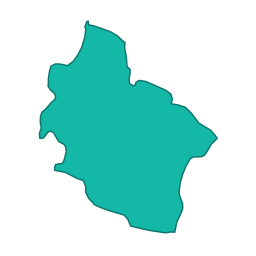 an SVG outline of Berovo, rotated 13°
{"feature_id": "MKD-3004", "entity_name": "Berovo", "entity_type": "Statistical Region", "adm_level": 1, "iso_a3": "MKD", "parent_name": "North Macedonia", "parent_adm1": "", "projection": "albers", "projection_center": [22.775, 41.662], "detail": "fine", "context": "isolated", "style": "filled", "palette": "teal", "viewbox_px": 256, "rotation_deg": 13, "n_neighbors": 0, "source": "natural_earth", "source_scale": "10m", "svg_char_len": 1464}
<svg xmlns="http://www.w3.org/2000/svg" viewBox="0 0 256 256"><g transform="rotate(13 128 128)"><path d="M217.2,118.0L212.9,125.0L209.8,134.5L208.3,137.8L205.6,139.5L197.9,141.7L195.5,144.0L193.2,151.5L191.7,160.5L191.2,170.0L192.1,178.7L193.6,182.4L198.3,189.7L199.4,194.2L199.0,198.0L196.7,208.9L197.0,218.9L196.7,219.0L192.3,219.9L188.1,221.7L170.9,223.0L158.3,223.0L155.0,223.0L152.7,223.0L148.2,216.8L143.8,213.7L134.4,213.1L127.2,212.7L118.5,211.5L112.7,210.3L105.5,205.3L101.3,200.3L99.9,194.4L96.4,189.4L91.3,188.7L89.4,188.5L76.6,185.3L69.2,185.6L65.9,185.6L65.4,182.5L65.7,180.0L68.7,178.5L71.8,177.5L72.9,174.5L73.1,169.5L73.1,164.5L71.5,160.4L69.2,158.3L63.4,156.7L56.4,149.2L53.0,148.4L50.7,150.3L48.1,156.5L45.8,157.7L44.3,157.7L42.9,153.0L43.5,147.6L43.0,146.3L41.1,141.7L40.2,136.3L40.6,132.0L43.5,128.1L47.6,120.3L50.2,116.8L50.5,113.3L48.2,110.6L44.4,108.7L40.9,105.5L39.2,97.0L38.8,90.2L39.0,85.4L39.0,85.2L43.0,81.8L48.3,80.9L55.0,80.9L59.7,75.3L62.9,67.5L64.8,59.7L65.5,48.8L64.8,42.0L63.2,38.6L64.1,33.3L65.2,33.0L66.5,36.4L71.4,36.1L79.7,37.0L89.7,38.3L96.6,40.5L104.8,45.1L105.8,45.2L106.6,50.4L110.6,59.8L113.3,68.5L116.8,70.4L117.7,74.1L118.0,80.3L119.8,84.7L123.8,85.6L125.2,84.7L125.7,81.2L128.4,79.1L135.2,78.7L156.5,82.8L162.1,85.3L164.7,89.9L164.7,94.6L167.2,94.6L171.4,94.3L179.1,94.9L186.6,99.5L195.9,107.3L202.6,109.5L209.1,111.6L214.7,115.7L217.0,117.8L217.2,118.0Z" fill="#14b8a6" stroke="#0f766e" stroke-width="1.5"/></g></svg>